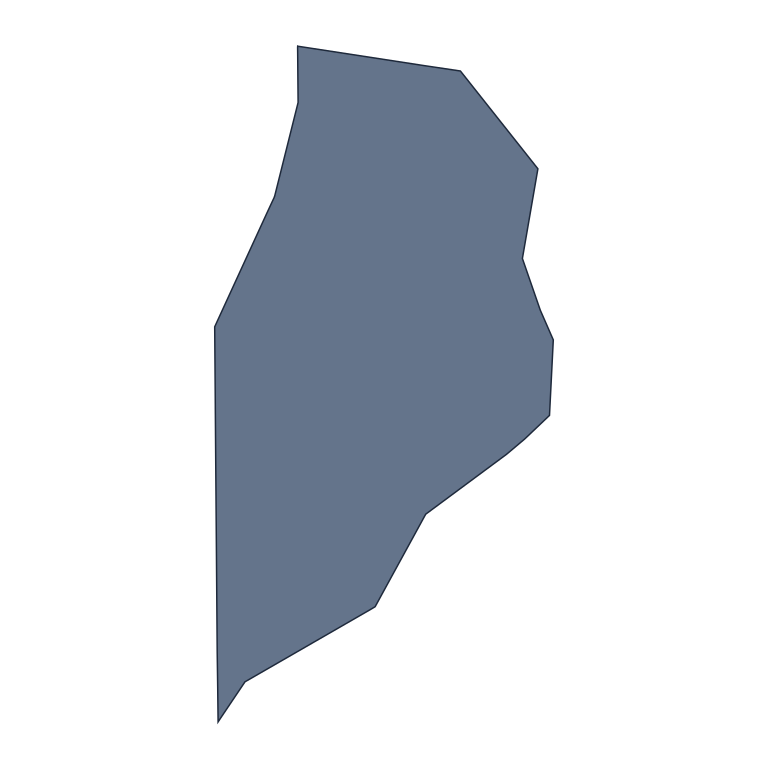 Victoria Falls, Matabeleland North, Zimbabwe
{"feature_id": "62879985B6381696170590", "entity_name": "Victoria Falls", "entity_type": "district", "adm_level": 2, "iso_a3": "ZWE", "parent_name": "Zimbabwe", "parent_adm1": "Matabeleland North", "projection": "albers", "projection_center": [25.828, -17.932], "detail": "fine", "context": "isolated", "style": "filled", "palette": "slate", "viewbox_px": 768, "rotation_deg": 0, "n_neighbors": 0, "source": "geoboundaries", "source_scale": "gbopen_adm2", "svg_char_len": 558}
<svg xmlns="http://www.w3.org/2000/svg" viewBox="0 0 768 768"><path d="M506.4,454.4L506.9,454.0L524.8,438.9L549.5,415.4L553.3,339.9L540.3,310.2L522.4,258.5L537.9,168.8L517.4,142.9L460.4,71.0L423.4,65.5L298.3,46.3L297.7,46.1L297.6,47.5L297.7,56.0L298.1,102.5L274.6,196.4L274.3,196.9L274.3,197.2L266.7,213.5L214.7,326.8L215.3,405.2L215.3,406.3L215.3,407.3L217.2,652.2L217.7,687.6L218.1,721.9L220.4,718.4L245.0,681.8L313.4,642.4L371.5,608.9L375.0,606.8L375.2,606.6L390.7,578.2L425.7,514.2L506.4,454.4Z" fill="#64748b" stroke="#1e293b" stroke-width="1.5"/></svg>